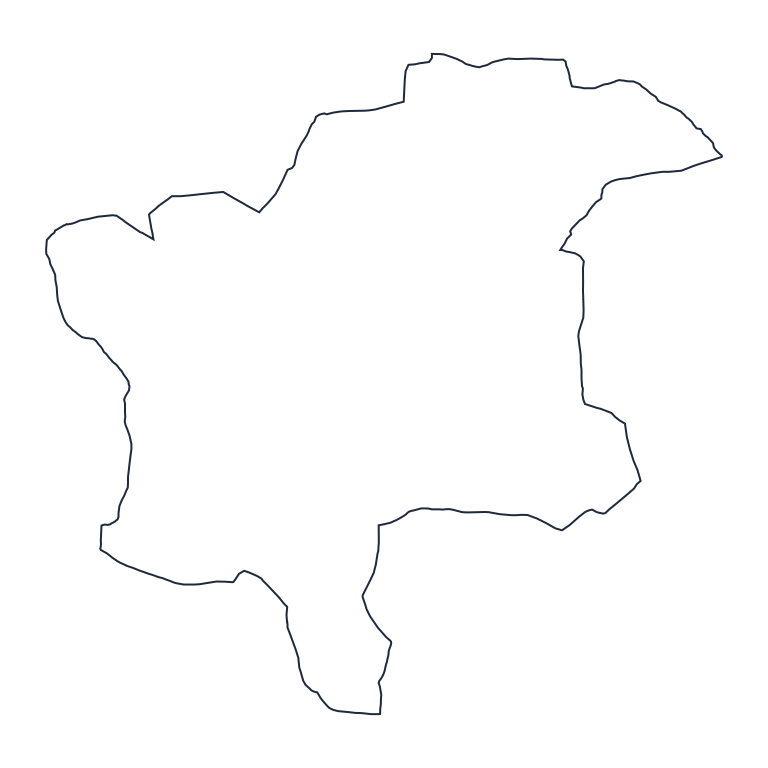 outline of Dodoma Urban, Dodoma, United Republic of Tanzania
{"feature_id": "72390352B24669678050336", "entity_name": "Dodoma Urban", "entity_type": "district", "adm_level": 2, "iso_a3": "TZA", "parent_name": "United Republic of Tanzania", "parent_adm1": "Dodoma", "projection": "orthographic", "projection_center": [35.794, -6.146], "detail": "fine", "context": "isolated", "style": "outline", "palette": "slate", "viewbox_px": 768, "rotation_deg": 0, "n_neighbors": 0, "source": "geoboundaries", "source_scale": "gbopen_adm2", "svg_char_len": 5974}
<svg xmlns="http://www.w3.org/2000/svg" viewBox="0 0 768 768"><path d="M313.4,691.4L316.4,692.3L317.3,692.4L320.5,697.9L322.9,701.0L327.1,705.8L329.2,707.9L333.0,709.8L338.0,711.1L348.5,712.1L355.4,712.9L361.6,713.1L370.9,714.1L379.5,714.1L380.1,714.0L380.2,709.5L380.9,703.5L380.9,699.6L381.3,694.9L379.8,686.2L378.6,683.0L379.2,681.5L379.2,681.0L381.2,678.4L382.6,676.0L383.8,673.3L384.7,670.5L385.9,665.0L386.7,662.6L387.3,659.6L388.3,655.5L388.8,650.6L390.8,645.2L391.2,643.4L391.0,641.7L390.4,640.8L386.2,637.1L377.8,627.6L370.2,616.5L366.7,609.6L365.0,603.9L363.2,598.7L362.6,596.8L362.7,595.3L364.6,591.4L367.0,586.7L370.8,579.1L373.7,572.9L375.8,564.7L377.6,553.3L378.3,550.9L378.5,546.3L378.8,543.1L378.7,525.3L381.8,524.7L384.1,524.2L384.6,524.2L386.7,523.6L390.6,522.7L393.8,521.2L396.2,520.2L401.1,517.5L405.5,514.8L407.3,513.0L408.7,511.9L411.0,510.9L413.1,510.6L421.2,508.4L424.4,508.4L428.9,508.6L431.6,509.3L439.4,509.3L442.4,509.6L447.3,509.1L449.3,509.1L453.2,509.8L458.8,511.3L462.0,512.1L464.6,512.3L467.9,512.4L484.9,512.0L487.1,512.1L487.7,512.1L489.0,512.2L491.0,512.6L499.9,514.2L511.7,515.2L514.8,515.2L518.4,515.1L520.1,514.9L524.6,514.9L527.5,515.0L537.0,518.5L546.5,523.3L555.3,528.3L562.0,530.3L569.6,525.1L579.2,516.6L585.3,511.9L589.1,510.3L592.1,509.6L596.9,512.2L603.0,513.6L605.3,513.1L609.2,509.4L615.0,504.7L624.8,496.5L634.0,488.6L636.8,484.2L640.6,480.9L637.6,470.4L633.5,460.6L630.0,449.6L626.9,437.2L625.5,427.4L625.0,423.6L619.8,420.6L615.1,416.9L611.5,413.0L600.6,408.8L596.9,407.9L585.0,404.0L584.5,402.6L583.7,400.7L583.2,399.0L582.4,394.4L582.9,388.7L582.0,386.0L581.5,378.0L581.5,369.4L580.8,363.6L580.7,357.3L580.6,354.0L579.3,344.5L578.3,336.0L579.0,331.1L583.2,318.0L583.3,317.9L583.6,310.2L583.3,299.9L583.1,299.1L583.3,298.6L583.0,291.5L583.1,282.1L583.0,268.1L583.8,261.3L580.3,256.4L577.7,254.7L574.5,253.1L573.6,253.0L569.2,252.0L566.0,251.5L562.3,250.0L560.3,250.0L561.8,247.6L564.6,243.6L567.0,238.7L571.2,234.5L570.2,231.2L571.9,228.5L579.6,220.4L582.8,218.4L586.4,215.4L589.1,210.7L591.9,207.0L593.8,204.8L593.9,204.6L596.5,201.7L597.7,201.1L601.3,198.6L601.4,197.3L601.4,194.8L602.2,192.8L602.4,190.6L602.4,189.2L605.6,184.9L606.1,184.5L610.6,181.8L611.7,181.3L616.0,179.9L619.9,179.0L630.0,178.0L633.8,176.9L634.4,176.7L635.1,176.6L636.1,176.3L643.2,174.8L651.3,173.3L662.4,171.8L669.4,171.8L681.4,170.7L693.9,165.8L700.8,163.5L710.4,160.6L721.5,157.0L721.9,156.7L721.7,155.3L720.0,154.1L717.0,151.3L714.6,148.6L713.6,146.4L713.1,143.2L707.7,137.3L705.7,136.0L702.9,133.3L702.3,131.3L700.8,129.1L696.6,128.4L693.5,124.6L691.7,121.7L688.5,118.7L686.9,117.7L685.7,116.5L683.8,114.3L682.1,112.9L680.6,111.3L679.3,110.8L675.7,108.8L671.5,106.9L667.1,104.9L661.0,102.4L658.3,100.9L657.3,99.2L655.6,96.7L650.6,93.5L646.0,89.3L642.0,86.6L639.6,84.1L635.7,82.4L633.2,81.4L629.8,81.4L626.1,81.1L625.2,80.8L619.1,80.1L615.9,81.0L615.0,81.6L608.4,83.8L603.9,84.5L594.8,88.2L591.6,88.3L587.2,88.2L584.0,88.3L581.5,87.7L576.8,87.0L572.5,86.5L572.4,86.3L571.9,86.2L571.0,83.1L569.6,77.7L569.6,76.0L567.9,69.6L566.3,65.8L565.6,61.6L563.1,59.6L558.3,59.8L544.6,59.4L541.0,58.9L530.7,58.6L517.7,59.1L508.4,58.6L503.7,59.4L492.7,62.1L487.0,65.1L482.1,66.3L479.3,67.3L476.8,66.8L476.0,66.8L473.5,66.1L472.2,65.9L470.1,65.1L466.0,64.1L462.2,61.5L457.5,59.3L455.6,58.5L444.1,54.5L440.4,54.1L431.9,53.9L431.9,58.0L429.1,62.0L419.5,63.3L415.0,64.3L408.5,64.8L405.6,71.2L404.8,79.3L403.7,101.7L394.2,104.2L385.5,106.7L375.2,109.5L368.8,110.4L364.8,110.7L349.2,111.0L341.4,111.4L333.4,112.6L326.6,114.3L324.3,113.4L319.8,114.5L316.1,116.7L314.3,121.8L311.7,124.4L309.7,128.5L308.6,131.6L306.8,135.4L301.2,144.1L297.5,151.4L295.4,159.7L294.4,164.9L292.0,168.0L287.6,169.8L282.8,180.3L279.4,187.0L275.6,194.1L266.8,204.2L262.7,208.2L259.2,212.3L246.8,205.6L242.7,203.1L235.1,198.9L223.3,192.0L223.0,192.0L214.7,192.7L200.2,194.2L189.6,195.4L180.0,196.2L171.9,196.2L167.7,199.4L159.4,205.3L155.2,209.1L150.3,213.0L149.0,214.7L151.3,228.3L152.5,233.3L153.0,237.4L153.4,239.3L142.3,232.9L140.2,232.2L125.7,222.3L122.7,219.9L116.6,215.7L114.3,215.5L112.9,215.2L97.9,216.7L88.3,219.0L80.0,220.5L77.3,221.7L73.2,223.3L72.5,223.5L67.7,224.4L66.7,224.1L65.0,225.1L63.8,225.4L57.8,229.1L54.9,230.7L54.7,231.9L53.9,233.1L51.7,234.6L46.8,240.0L46.1,249.6L46.3,253.8L49.3,259.1L50.3,264.1L52.7,269.0L55.2,274.9L55.4,280.1L56.7,287.0L57.2,295.0L57.9,300.9L61.1,311.0L63.6,318.2L65.3,321.6L67.6,325.2L70.2,327.3L72.7,330.0L75.9,332.3L77.3,333.7L81.8,337.0L84.2,337.7L86.4,338.2L88.4,338.2L90.6,338.7L92.1,338.7L93.8,339.2L96.0,340.9L99.0,344.8L100.9,346.8L102.7,349.5L103.9,352.0L106.3,354.0L109.3,357.9L113.0,362.1L116.7,365.1L119.4,368.6L121.8,371.3L123.6,374.5L126.7,378.7L128.5,381.7L128.7,384.1L129.5,386.6L129.0,390.3L125.3,396.5L124.1,399.7L125.0,403.4L125.0,412.6L125.3,417.0L124.8,420.2L124.8,422.1L125.8,425.8L127.5,429.8L129.7,436.2L131.4,443.9L131.4,449.3L130.7,454.3L129.7,462.2L128.0,477.2L128.0,482.9L127.8,487.6L126.3,490.6L125.1,493.6L123.9,496.3L121.4,501.0L119.4,506.2L118.5,513.4L118.5,517.0L117.5,519.5L115.9,520.6L115.2,521.4L112.7,522.8L111.9,523.1L109.9,524.5L108.9,524.5L107.9,524.9L104.4,524.6L101.5,525.5L100.8,540.5L101.0,544.5L100.5,547.7L100.3,548.7L100.8,549.9L104.1,551.8L107.0,553.4L109.1,555.1L110.1,555.8L112.3,557.7L117.4,561.2L119.7,562.5L126.1,565.4L126.1,565.5L127.3,566.0L133.0,567.9L138.6,570.2L148.2,573.6L152.4,574.9L158.5,577.1L162.5,578.1L167.3,580.0L170.8,581.2L173.3,582.3L176.2,583.2L183.6,584.5L195.1,584.5L199.7,584.2L216.5,581.5L219.8,581.6L221.0,581.6L221.9,581.7L225.1,581.7L232.3,582.2L232.9,582.1L233.5,581.9L235.9,578.6L239.1,573.7L244.2,570.8L249.6,572.7L256.9,575.9L261.4,578.5L263.0,580.8L266.1,583.8L278.8,597.2L283.3,602.9L287.2,606.9L286.5,614.9L287.0,621.8L287.2,621.7L287.5,624.5L287.5,627.5L289.4,632.4L295.6,649.2L298.3,657.8L299.3,667.5L301.0,672.9L303.2,680.7L305.5,684.8L306.0,685.3L309.3,688.2L311.2,690.1L311.8,690.6L313.4,691.4Z" fill="none" stroke="#1e293b" stroke-width="2"/></svg>